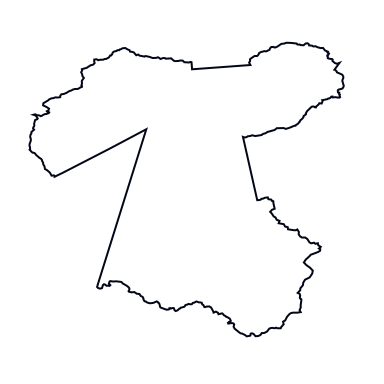 the district of Pacajá, Pará, Brazil, rotated 86°
{"feature_id": "56859067B2660041760548", "entity_name": "Pacajá", "entity_type": "district", "adm_level": 2, "iso_a3": "BRA", "parent_name": "Brazil", "parent_adm1": "Pará", "projection": "equal_earth", "projection_center": [-50.664, -3.7], "detail": "fine", "context": "isolated", "style": "outline", "palette": "ink", "viewbox_px": 384, "rotation_deg": 86, "n_neighbors": 0, "source": "geoboundaries", "source_scale": "gbopen_adm2", "svg_char_len": 5837}
<svg xmlns="http://www.w3.org/2000/svg" viewBox="0 0 384 384"><g transform="rotate(86 192 192)"><path d="M103.9,344.8L104.6,343.0L105.5,342.1L107.9,340.8L108.5,341.2L109.3,343.5L112.8,344.7L114.7,344.7L115.6,345.0L116.4,345.8L117.5,346.1L118.8,345.2L120.9,348.0L122.5,348.2L123.8,349.2L125.9,349.6L127.7,349.1L129.5,349.2L132.7,350.6L134.5,350.9L135.8,350.5L138.1,350.5L138.5,351.0L141.0,349.0L141.6,348.3L142.0,346.6L142.6,345.9L144.1,345.0L147.3,341.8L148.4,340.2L149.9,339.3L150.8,339.3L152.1,338.6L154.2,338.4L155.7,337.5L158.9,337.0L160.1,335.1L162.7,332.5L165.9,330.9L165.8,328.5L166.3,328.0L167.2,328.0L163.8,319.5L143.1,271.3L126.2,233.2L276.6,292.0L280.1,293.3L281.1,292.5L281.9,290.8L281.9,289.5L281.6,288.5L278.6,287.3L277.9,286.3L278.3,285.1L279.4,284.1L279.9,280.8L279.2,280.0L277.8,281.3L275.6,280.5L275.2,279.7L275.8,276.9L275.8,274.0L276.7,269.1L277.2,268.3L278.4,267.5L281.0,263.6L282.5,262.0L283.8,261.2L285.3,261.4L286.5,262.2L287.1,261.8L287.9,259.3L287.8,256.5L289.6,254.2L290.1,251.5L292.0,250.5L293.3,248.5L294.7,247.9L295.5,248.0L297.7,247.0L297.9,245.9L298.9,244.8L299.6,243.2L300.1,241.5L299.9,238.3L298.7,234.8L299.2,233.9L299.8,233.7L300.8,232.5L304.7,231.7L305.3,230.9L307.7,225.4L307.5,223.2L307.0,222.3L306.4,222.5L306.3,221.4L306.7,220.8L306.4,219.1L306.6,218.2L308.7,217.6L309.6,216.6L309.1,214.7L307.6,212.9L307.3,211.9L306.7,211.5L306.0,207.9L305.6,207.2L304.5,206.6L304.1,205.7L304.1,204.7L303.4,203.3L303.9,201.7L303.9,200.0L302.7,198.9L302.5,197.3L301.7,195.9L301.6,194.8L302.5,193.2L302.7,191.5L303.2,190.0L304.7,189.7L305.6,188.5L307.5,187.8L307.8,187.0L307.3,185.5L307.4,182.6L308.6,181.0L312.5,179.2L313.8,178.9L313.0,176.5L314.3,174.5L315.8,174.1L315.2,170.9L315.3,170.1L317.1,168.8L318.0,167.3L318.6,167.0L319.3,165.5L320.8,163.4L321.4,162.9L323.3,162.3L323.8,162.7L324.2,164.2L324.8,164.4L325.0,165.2L325.8,165.0L325.5,161.5L326.0,159.8L327.0,159.1L329.3,159.9L331.3,159.0L335.8,154.2L336.6,152.8L336.7,151.9L338.4,149.0L339.8,147.5L339.5,144.4L339.2,143.7L337.7,143.5L337.2,142.9L337.2,141.9L337.9,140.5L340.3,138.7L340.3,135.9L339.3,133.6L337.6,132.3L337.7,130.1L337.3,128.7L336.2,126.6L333.7,124.5L333.2,122.7L333.1,121.6L333.7,118.9L333.2,117.6L333.9,116.2L334.1,113.0L332.7,112.2L330.4,109.8L327.7,110.2L326.6,108.0L323.0,105.8L320.5,103.2L319.7,101.7L319.4,99.4L319.7,95.4L319.4,92.0L317.3,92.9L314.6,91.5L313.0,91.6L307.3,90.4L306.5,90.5L306.1,91.3L305.3,91.8L302.7,91.3L301.2,91.7L300.0,93.6L297.6,90.9L295.7,90.7L292.8,87.9L290.1,87.3L287.4,85.4L285.4,80.6L281.7,77.7L278.8,77.0L275.6,79.7L272.8,83.1L270.1,85.3L267.4,83.3L264.1,79.1L262.9,78.0L260.7,70.5L259.6,68.4L258.0,68.0L257.2,69.3L255.7,67.4L253.9,69.8L251.9,70.0L252.3,72.6L251.1,73.7L251.5,76.6L250.5,78.3L247.0,80.2L245.3,82.2L245.1,85.5L243.8,87.3L241.7,88.5L239.2,88.2L236.7,89.6L237.4,91.0L237.2,93.2L235.9,98.8L233.7,99.0L233.0,101.5L230.5,102.7L229.2,107.7L226.9,106.7L225.6,109.5L223.3,110.4L222.1,112.2L218.9,114.0L217.2,115.4L215.3,113.4L214.5,110.7L209.4,111.5L206.8,111.6L206.6,112.7L205.1,113.5L204.5,116.3L202.7,116.7L202.8,119.6L203.6,121.6L203.6,123.1L204.4,124.0L204.7,125.1L204.7,127.5L140.6,137.3L141.3,135.7L141.1,133.9L140.3,132.4L140.2,129.8L139.6,128.2L140.6,124.9L140.1,119.4L140.0,118.6L139.0,117.1L138.5,114.5L137.4,112.6L135.9,105.3L134.3,103.0L134.6,96.1L135.6,94.1L134.9,90.8L133.0,85.1L133.1,84.1L132.4,83.6L131.1,81.2L129.9,80.4L129.5,79.6L128.1,79.0L127.1,77.5L125.4,75.7L124.0,75.4L122.7,73.2L122.2,72.8L121.5,73.0L119.3,71.5L115.3,66.7L115.1,65.2L115.4,64.2L116.1,63.4L116.2,62.5L115.6,62.4L113.5,59.6L112.3,58.7L112.8,56.5L110.8,55.5L109.4,55.6L109.6,54.7L109.3,54.1L108.8,50.4L108.3,49.7L108.3,48.8L107.6,47.3L106.6,46.3L106.6,45.4L107.2,45.6L107.5,44.9L107.4,42.2L107.9,40.5L108.1,38.2L107.6,37.6L106.2,38.1L105.1,37.7L104.6,38.4L103.2,38.2L103.1,39.1L102.6,39.5L100.6,39.4L100.1,38.7L99.3,34.7L97.6,33.5L96.7,33.2L91.6,34.3L90.0,33.8L89.2,33.2L87.3,33.0L85.4,34.0L82.7,39.1L81.6,39.4L80.4,40.5L80.0,41.4L73.5,35.9L74.2,38.2L73.4,40.4L71.0,42.8L69.9,42.4L69.2,42.9L68.6,45.8L68.0,47.2L66.4,47.1L65.8,47.6L65.1,47.5L64.7,46.4L63.4,45.7L62.9,46.7L62.1,47.2L61.5,46.7L60.1,49.4L57.4,51.3L57.4,53.6L56.3,56.8L55.2,58.6L55.3,60.5L55.0,61.3L54.4,62.0L53.9,65.0L52.4,65.4L51.7,66.4L51.8,68.3L53.4,70.4L53.0,73.4L52.3,74.4L52.4,76.0L52.0,76.8L51.2,77.2L50.2,82.7L49.7,87.5L50.3,89.4L50.5,92.6L52.8,96.5L53.6,98.6L53.6,99.8L53.0,100.4L52.9,102.8L54.2,104.2L55.5,104.7L56.8,107.9L56.9,108.6L56.5,109.8L57.3,113.8L58.2,115.5L59.3,115.9L60.5,117.0L60.9,117.7L60.7,119.9L61.0,120.7L63.2,124.4L63.7,124.9L65.4,124.9L66.9,126.0L69.4,124.9L69.6,183.4L62.5,183.4L62.1,184.4L62.6,185.8L62.0,190.6L60.3,192.1L60.0,194.3L60.3,196.2L60.3,199.6L59.7,201.1L57.2,203.5L57.2,208.9L56.5,209.7L56.3,211.2L57.1,214.2L55.8,215.6L55.2,216.7L55.7,218.1L55.6,221.9L54.3,224.8L53.2,228.5L53.2,229.3L53.6,229.9L52.3,234.8L51.1,236.1L51.7,238.1L48.7,240.3L48.0,242.0L47.7,243.9L46.1,244.5L45.3,246.3L43.7,248.5L43.8,251.4L44.7,253.1L44.8,254.2L45.5,255.0L45.3,255.8L45.5,256.9L46.0,257.3L46.5,260.1L47.3,261.3L48.9,262.0L50.1,263.0L50.0,264.0L51.9,265.4L53.2,268.2L53.3,270.1L53.8,271.3L53.7,274.6L54.0,276.4L53.4,277.0L52.9,278.2L53.1,280.3L55.0,280.5L56.5,280.1L57.8,281.4L58.4,282.8L58.4,284.1L60.8,288.4L61.8,293.3L63.1,293.1L64.8,294.2L66.8,293.4L68.7,293.2L70.7,291.9L73.2,294.0L74.3,294.3L75.9,294.1L78.0,294.9L78.7,294.3L79.5,294.5L79.9,296.0L81.2,298.5L81.1,301.5L81.4,303.4L82.3,305.3L82.9,307.6L84.4,310.4L85.3,313.2L85.4,315.4L86.6,316.6L88.2,316.9L88.4,318.7L88.1,321.9L88.7,323.8L88.8,325.8L89.8,328.3L90.4,328.8L93.1,334.1L95.2,334.5L97.1,331.1L98.9,328.8L100.7,329.6L101.3,331.1L101.8,330.7L101.9,329.9L102.6,328.9L103.3,329.4L104.0,331.9L104.1,333.5L104.7,335.2L105.5,336.4L105.8,337.7L105.0,338.8L104.5,341.5L103.7,342.6L103.6,343.5L103.9,344.8Z" fill="none" stroke="#020617" stroke-width="2"/></g></svg>